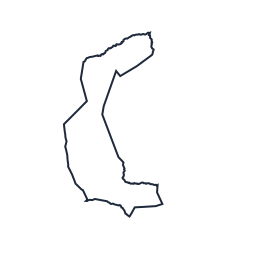 the district of Santa María Pápalo, Oaxaca, Mexico, rotated 318°
{"feature_id": "50627088B38844714330339", "entity_name": "Santa María Pápalo", "entity_type": "district", "adm_level": 2, "iso_a3": "MEX", "parent_name": "Mexico", "parent_adm1": "Oaxaca", "projection": "orthographic", "projection_center": [-96.755, 17.798], "detail": "fine", "context": "isolated", "style": "outline", "palette": "slate", "viewbox_px": 256, "rotation_deg": 318, "n_neighbors": 0, "source": "geoboundaries", "source_scale": "gbopen_adm2", "svg_char_len": 3581}
<svg xmlns="http://www.w3.org/2000/svg" viewBox="0 0 256 256"><g transform="rotate(318 128 128)"><path d="M73.4,96.8L68.8,99.9L67.9,101.9L64.8,107.4L62.1,110.8L58.8,115.6L57.7,116.5L55.3,125.2L53.1,131.0L52.7,132.0L51.8,134.2L52.3,142.3L52.9,144.1L50.2,153.1L49.4,154.1L48.0,154.1L48.9,155.0L50.3,155.1L51.3,155.6L53.3,157.7L55.9,158.6L63.4,168.4L63.6,169.9L64.1,170.8L64.5,173.1L66.2,174.1L66.9,175.8L69.4,179.5L70.3,179.7L70.6,180.6L70.3,182.0L69.9,182.6L70.5,183.9L70.2,184.9L70.2,185.7L69.9,187.7L69.3,188.6L69.1,189.2L68.8,190.0L69.3,191.0L69.2,192.1L69.9,194.8L73.6,193.7L79.9,191.5L87.1,197.3L96.3,204.6L102.7,207.5L106.5,195.3L111.8,190.2L110.7,190.0L110.9,189.1L110.5,188.8L110.3,188.5L109.7,188.2L109.4,187.8L109.1,187.4L108.7,186.4L108.0,185.5L107.1,184.7L106.9,183.8L106.6,183.1L106.1,182.6L104.5,181.5L104.1,181.5L103.9,180.6L103.5,180.2L102.8,179.7L102.6,178.6L102.2,178.2L101.7,177.8L99.1,177.1L97.5,175.9L97.5,175.2L97.0,174.9L96.6,174.5L96.4,174.1L96.2,173.8L95.8,173.6L95.8,173.2L95.1,173.0L94.6,173.0L94.2,172.5L94.1,172.1L93.7,171.9L93.0,171.3L92.5,170.8L92.5,170.5L92.5,170.3L92.4,169.6L92.3,169.4L91.7,169.3L91.5,169.1L91.5,168.6L91.4,168.2L90.4,167.0L90.4,166.9L90.1,166.4L90.1,165.6L90.4,164.9L90.5,163.1L90.3,162.3L90.6,161.4L90.8,161.2L92.0,161.1L92.4,161.0L92.6,160.8L92.9,160.5L93.1,160.3L93.5,160.2L93.6,159.9L93.9,159.7L94.6,158.3L95.0,157.9L96.9,157.6L97.2,157.3L97.4,156.0L98.3,155.7L98.5,155.2L99.4,152.3L101.6,150.5L101.4,143.3L117.9,100.8L124.6,95.5L157.3,77.7L157.0,84.2L175.8,87.9L194.2,89.7L194.3,89.6L194.6,89.7L194.8,89.7L195.1,89.6L195.5,89.5L195.7,89.4L195.8,89.3L196.2,89.1L196.5,88.9L196.7,88.7L196.9,88.5L197.2,88.2L197.4,88.0L197.6,87.9L198.0,87.7L198.3,87.6L198.5,87.5L198.7,87.4L199.1,87.2L199.4,87.0L199.6,86.8L199.6,86.6L199.4,85.9L199.2,85.3L199.2,85.1L199.3,84.9L199.3,84.6L199.5,84.3L199.5,84.1L199.5,83.8L199.5,83.7L199.7,83.3L199.8,83.1L200.0,82.9L200.2,82.6L200.5,82.5L200.7,82.4L201.1,82.2L201.5,81.9L201.7,81.6L201.9,81.5L202.0,81.2L202.1,80.9L202.2,80.7L202.4,80.6L202.5,80.6L202.9,80.8L203.1,80.7L203.3,80.6L203.4,80.3L203.5,80.1L203.6,79.9L203.5,79.7L203.6,79.4L203.7,79.2L203.8,79.1L204.0,79.0L204.1,78.9L204.2,78.7L204.4,78.5L204.6,78.4L204.8,78.1L204.9,77.9L204.9,77.7L204.9,77.3L204.8,77.1L204.7,76.6L204.7,76.4L204.7,76.1L204.8,76.0L204.8,75.8L204.8,75.7L206.2,74.2L206.3,74.0L206.3,73.8L206.2,73.6L206.0,73.4L205.9,73.3L205.8,73.1L205.7,72.9L205.8,72.8L205.9,72.7L206.0,72.7L206.4,72.6L206.8,72.6L207.5,72.2L208.0,71.9L207.5,71.7L206.9,70.8L206.4,70.5L204.5,70.5L203.2,70.0L202.3,68.4L199.7,67.1L199.1,65.7L198.4,65.4L197.6,65.1L197.2,64.5L195.9,63.7L194.8,63.4L194.0,62.4L193.0,62.2L192.1,61.8L191.7,62.0L190.5,61.7L189.7,61.4L187.4,61.1L186.1,59.9L184.8,59.6L183.4,59.6L183.1,59.8L182.5,60.6L181.9,60.5L181.0,59.9L180.2,60.7L179.4,60.3L178.9,60.4L178.8,60.6L178.1,60.4L176.6,59.5L176.4,59.4L176.2,58.8L175.5,58.1L175.0,58.1L174.1,58.8L173.6,58.8L172.5,57.2L172.1,57.0L170.7,57.5L169.6,57.1L169.0,57.2L168.3,56.7L167.9,56.8L167.0,55.8L166.3,55.8L165.3,56.3L164.4,56.3L163.8,56.0L162.9,55.9L161.3,56.9L160.4,56.5L159.1,56.8L158.8,56.3L158.4,55.9L157.9,55.6L157.6,55.9L156.7,55.6L155.8,56.0L155.4,55.3L155.1,55.2L154.8,54.8L154.3,54.8L153.8,54.4L153.9,53.7L153.7,53.6L152.3,52.8L151.8,52.5L149.9,51.6L146.9,49.6L146.3,49.4L145.3,49.1L144.3,48.5L143.9,48.5L142.9,48.7L142.1,49.0L141.6,49.1L141.0,49.4L140.1,49.5L139.6,49.3L139.2,49.1L125.8,59.9L115.4,80.5L100.0,81.4L83.0,82.3L81.8,83.8L80.7,85.4L77.9,89.4L77.5,90.2L77.2,90.7L76.4,91.6L75.2,93.2L73.4,96.8Z" fill="none" stroke="#1e293b" stroke-width="2"/></g></svg>